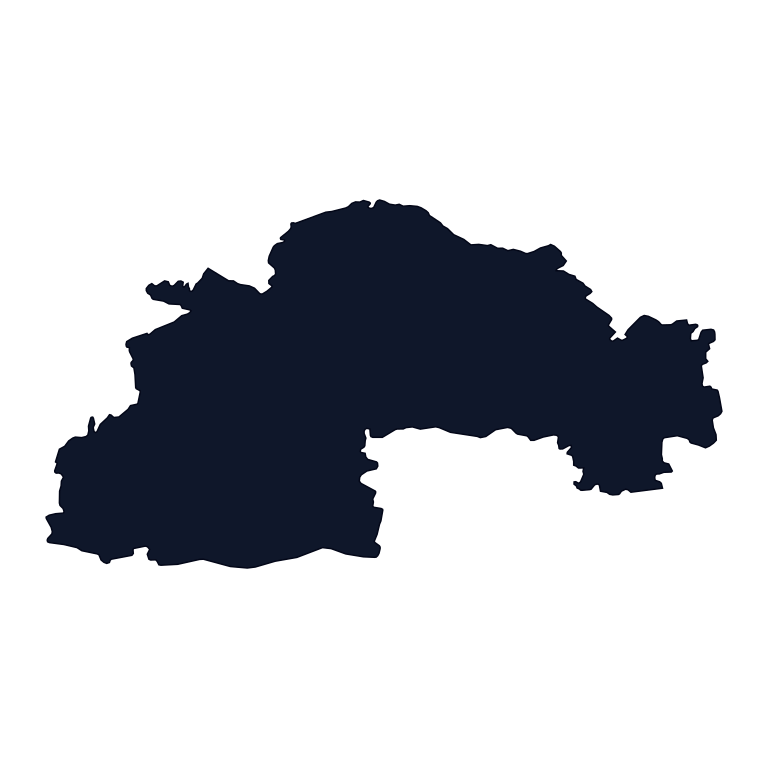 the Region of Dnipropetrovs'k
{"feature_id": "UKR-326", "entity_name": "Dnipropetrovs'k", "entity_type": "Region", "adm_level": 1, "iso_a3": "UKR", "parent_name": "Ukraine", "parent_adm1": "", "projection": "robinson", "projection_center": [35.02, 48.328], "detail": "fine", "context": "isolated", "style": "filled", "palette": "ink", "viewbox_px": 768, "rotation_deg": 0, "n_neighbors": 0, "source": "natural_earth", "source_scale": "10m", "svg_char_len": 6079}
<svg xmlns="http://www.w3.org/2000/svg" viewBox="0 0 768 768"><path d="M389.5,204.2L395.3,205.1L399.2,204.3L403.1,206.2L409.8,205.7L417.3,206.4L421.1,207.8L426.0,210.7L428.2,212.7L429.4,215.5L440.5,222.9L442.9,226.0L447.5,228.6L453.7,234.7L463.8,239.4L470.9,244.9L478.8,244.4L487.5,245.6L490.8,244.7L497.6,248.3L502.7,248.2L507.9,250.7L513.3,249.4L520.4,251.2L525.6,253.5L527.5,253.6L534.1,251.5L540.4,248.0L548.6,245.7L550.6,244.5L554.4,246.2L560.5,251.6L561.3,253.0L561.3,255.4L566.3,261.0L563.2,265.5L558.2,268.0L556.3,269.5L556.1,270.7L563.5,271.0L568.9,274.4L574.9,276.2L576.1,279.4L583.0,283.2L585.0,286.0L590.6,289.5L591.8,291.6L590.1,293.4L586.1,295.9L585.3,297.4L585.4,298.9L592.7,303.4L596.8,307.0L609.0,315.4L611.6,318.2L611.6,319.6L608.6,324.6L608.5,326.0L615.4,332.0L609.7,338.2L609.7,339.4L611.5,341.0L613.1,341.2L617.5,338.1L621.3,340.3L622.6,340.3L626.9,338.1L627.3,336.5L625.1,334.5L628.1,329.7L640.4,317.3L644.2,315.5L648.3,316.3L655.9,319.9L658.6,321.7L661.2,324.6L662.4,325.0L670.5,324.8L672.2,324.3L676.7,321.0L686.6,320.0L687.5,323.6L688.8,325.2L695.7,324.3L697.2,324.8L697.7,325.3L697.6,326.6L694.8,328.6L693.0,331.6L690.8,333.3L690.4,338.6L691.2,340.8L697.3,340.3L698.7,339.6L701.1,332.2L702.7,330.2L711.0,329.3L713.6,330.0L714.6,331.9L714.9,334.2L715.0,339.8L713.5,341.4L708.8,343.5L708.5,344.2L709.6,348.7L705.7,352.2L705.7,358.8L707.8,361.3L706.3,362.8L702.3,364.4L701.3,365.8L703.1,377.8L702.0,383.5L702.4,386.0L704.1,387.1L709.9,386.2L711.0,387.1L711.8,389.0L717.2,390.1L718.0,391.3L719.5,397.9L721.9,411.3L720.6,413.7L718.2,415.8L713.1,417.9L712.2,420.0L713.4,427.8L716.0,434.6L716.3,440.2L713.5,443.1L709.3,446.1L705.5,447.8L698.5,445.0L691.1,443.0L689.9,442.0L689.2,439.9L687.3,438.4L677.3,435.7L664.3,437.7L662.8,439.0L661.9,442.2L661.4,454.7L662.3,458.6L662.3,461.0L664.0,462.8L668.7,464.0L672.3,471.0L671.4,472.0L663.8,472.3L659.3,473.9L656.5,474.0L655.2,475.1L654.7,477.2L655.0,479.8L655.7,480.5L659.7,481.8L661.3,483.3L662.5,488.2L630.9,492.2L628.1,489.8L625.6,489.2L621.4,491.2L619.5,493.9L618.3,494.5L612.8,494.9L609.6,494.3L607.0,492.4L600.5,491.2L599.4,485.3L598.5,484.2L596.8,484.1L594.7,484.8L591.1,489.2L589.8,489.6L582.0,490.3L580.5,490.1L579.6,489.1L577.1,488.0L576.5,486.1L574.0,484.1L574.1,481.9L575.8,481.7L578.6,483.3L580.5,482.0L583.8,474.2L583.0,471.4L583.7,467.9L578.5,468.0L576.0,466.0L573.7,465.2L573.7,461.4L572.6,456.2L571.4,455.2L567.1,453.8L567.3,452.3L571.5,447.5L571.1,445.4L569.0,445.5L562.7,448.9L559.9,449.0L559.1,448.5L558.7,445.4L557.6,442.7L558.4,437.4L557.8,436.0L556.4,435.2L553.5,434.9L543.3,437.0L534.1,440.3L530.7,440.3L528.1,436.8L526.8,435.8L517.6,434.1L516.1,433.2L511.3,428.3L507.6,427.4L495.6,429.7L485.8,436.5L480.3,437.6L477.3,436.4L450.4,432.3L439.2,427.6L435.7,426.8L420.3,429.1L412.4,426.9L406.0,427.6L403.3,428.9L397.1,429.0L395.2,429.6L382.4,437.3L372.7,437.3L371.0,436.6L370.4,435.3L369.9,429.0L366.7,428.3L364.9,429.4L364.1,431.3L364.1,433.4L365.9,438.1L365.2,440.6L364.8,445.8L363.9,447.2L360.7,449.2L360.2,451.4L361.0,452.5L365.1,453.3L365.8,457.0L367.7,459.4L376.5,461.9L377.5,463.0L377.8,466.1L376.3,468.8L366.9,471.0L361.3,474.8L359.7,477.3L359.3,481.1L361.0,483.4L375.3,491.1L375.7,491.9L375.5,493.3L372.7,499.0L373.4,502.0L372.7,506.3L373.9,507.3L381.1,508.5L382.6,509.3L382.8,510.1L380.9,520.9L379.5,524.3L377.1,534.3L374.2,541.4L375.0,542.6L379.4,545.8L380.1,547.1L380.1,548.7L379.0,553.3L377.7,555.7L376.2,557.1L374.7,557.3L363.4,556.8L345.7,553.9L331.1,548.6L322.5,547.6L296.9,557.4L275.2,561.2L255.3,567.0L247.3,568.0L230.3,566.5L203.4,559.2L199.6,559.4L177.7,564.3L160.9,565.2L158.9,564.8L157.2,561.4L155.7,559.8L150.6,560.0L148.9,559.2L147.3,554.2L149.7,549.4L147.4,546.7L145.3,546.1L133.5,548.5L133.0,549.7L133.3,553.5L131.9,555.3L111.3,559.2L110.2,560.2L109.4,562.5L106.7,563.4L103.9,562.3L101.1,560.0L98.9,554.7L97.2,553.9L81.8,550.7L77.0,547.6L63.9,544.5L49.5,542.6L47.6,541.8L47.2,540.1L47.8,538.4L51.9,533.9L52.3,531.6L51.2,527.3L46.3,518.5L46.1,517.1L49.2,515.2L55.7,513.7L63.2,513.1L63.8,512.5L64.0,511.3L63.1,508.5L60.0,505.4L59.4,503.0L59.6,491.1L61.1,486.0L61.4,481.1L63.5,477.1L61.2,473.9L58.9,473.0L56.1,473.1L54.8,472.0L54.7,470.7L57.3,463.3L55.5,461.9L59.4,449.2L64.7,446.3L68.7,440.9L72.7,438.1L75.3,437.1L81.7,437.6L85.9,436.6L87.8,435.2L88.8,430.9L88.5,426.1L90.7,418.0L91.3,417.3L92.7,417.1L93.4,418.2L94.7,424.0L93.3,427.1L93.4,428.7L94.1,431.7L95.8,432.6L97.0,431.6L100.3,424.4L107.3,417.9L109.5,414.7L111.0,415.0L113.8,417.5L118.9,417.0L128.1,409.3L130.5,405.6L137.0,404.2L137.9,403.4L140.2,392.3L140.1,390.7L136.3,388.7L135.7,387.7L135.0,374.6L133.9,367.8L131.5,366.0L131.0,363.7L131.2,362.4L132.9,360.6L133.3,359.1L129.7,352.0L129.3,350.6L129.4,347.6L126.9,347.1L126.3,346.2L126.0,344.3L126.7,341.6L132.3,338.2L147.0,333.4L147.8,334.7L149.8,334.3L155.3,329.6L174.2,322.0L181.7,315.7L187.4,314.1L189.7,312.7L191.1,310.8L189.9,309.9L182.3,308.2L181.1,305.5L180.1,304.5L169.0,303.9L163.6,301.1L153.2,299.3L152.0,298.3L150.6,295.0L147.7,293.2L146.3,290.6L146.3,288.5L148.8,285.3L151.8,283.6L154.7,285.9L156.8,285.9L164.6,280.9L168.3,281.8L169.7,285.3L172.1,286.3L174.2,285.4L178.2,281.3L180.9,281.0L183.2,282.2L182.7,285.8L183.3,287.0L184.5,286.8L186.5,284.1L188.0,283.3L188.5,287.1L189.4,288.6L189.5,290.7L190.9,291.4L192.0,291.2L193.2,290.0L196.2,283.9L197.6,283.1L202.2,278.3L203.7,273.8L208.1,268.3L228.6,280.8L233.5,280.9L237.5,283.6L240.4,284.6L249.3,285.9L254.5,288.2L259.9,293.8L262.2,294.1L267.0,291.2L271.8,287.2L272.0,285.9L268.9,283.5L268.8,280.4L272.7,276.4L274.5,275.6L275.6,274.0L275.3,270.0L274.4,268.0L268.6,262.9L268.3,260.6L269.2,256.2L273.2,247.2L274.4,245.7L277.3,243.6L282.7,242.5L284.6,241.4L284.5,240.0L280.8,239.4L280.4,238.3L280.6,237.6L288.4,231.3L290.6,228.7L291.2,227.1L290.9,224.0L291.5,223.0L293.4,222.8L295.3,223.4L325.8,212.2L331.8,211.5L345.7,208.0L348.4,206.7L351.8,203.4L355.5,201.9L359.8,202.1L363.4,200.5L369.2,202.1L370.3,203.1L370.2,203.8L367.9,206.5L367.9,207.2L369.6,208.3L371.7,208.4L373.7,207.5L376.2,202.2L377.5,200.8L379.6,200.0L384.4,201.4L389.5,204.2Z" fill="#0f172a" stroke="#020617" stroke-width="1.5"/></svg>